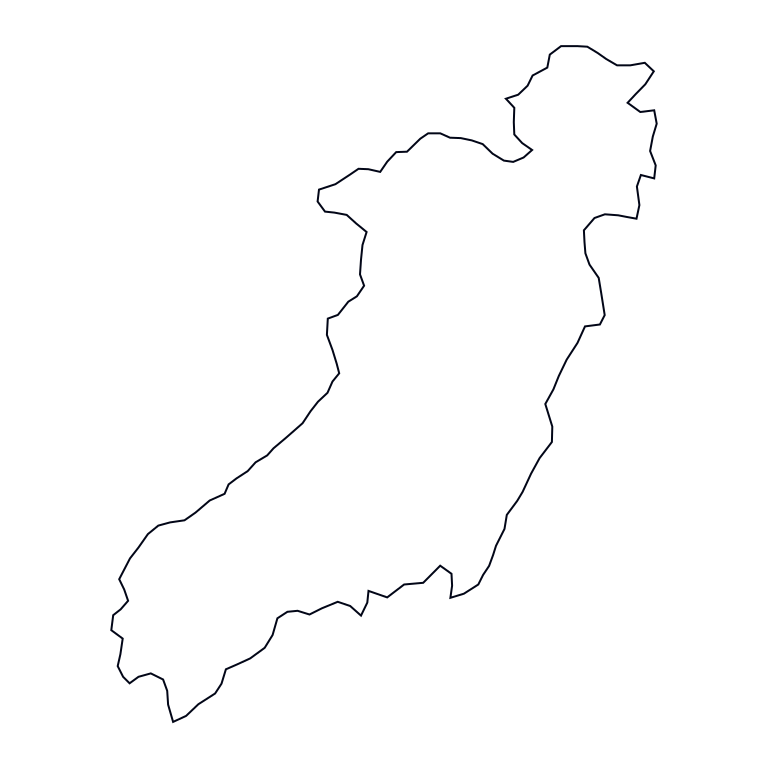 Arapeí, São Paulo, Brazil
{"feature_id": "56859067B47911021551536", "entity_name": "Arapeí", "entity_type": "district", "adm_level": 2, "iso_a3": "BRA", "parent_name": "Brazil", "parent_adm1": "São Paulo", "projection": "mercator", "projection_center": [-44.44, -22.672], "detail": "fine", "context": "isolated", "style": "outline", "palette": "ink", "viewbox_px": 768, "rotation_deg": 0, "n_neighbors": 0, "source": "geoboundaries", "source_scale": "gbopen_adm2", "svg_char_len": 2138}
<svg xmlns="http://www.w3.org/2000/svg" viewBox="0 0 768 768"><path d="M319.0,189.6L317.6,201.5L325.0,211.6L334.4,212.6L346.7,214.9L356.2,223.5L366.6,232.0L362.5,245.0L361.0,259.8L360.0,274.4L364.1,285.7L356.9,296.3L348.3,301.7L337.9,314.9L327.8,318.6L326.9,334.9L332.5,350.0L336.7,363.7L339.2,373.3L332.5,381.5L327.5,392.8L318.0,401.7L310.5,411.3L302.6,423.2L286.2,437.6L273.5,448.3L267.2,455.4L255.6,462.3L247.7,471.1L236.5,478.4L228.6,484.4L224.6,493.8L209.7,500.5L195.5,512.6L184.5,520.3L170.1,522.4L158.3,525.6L147.9,534.1L138.5,547.5L130.0,558.4L119.2,579.2L124.2,589.5L128.1,600.8L120.7,609.3L113.2,615.2L111.3,630.2L122.7,638.6L120.4,654.2L117.7,666.1L123.1,676.8L129.6,683.3L138.5,676.8L150.8,673.4L163.1,679.5L167.2,690.8L168.1,704.6L173.1,721.9L186.1,715.9L198.4,704.2L215.1,693.5L221.5,683.7L225.9,669.3L236.9,664.5L250.2,658.4L264.7,647.8L272.6,635.0L277.4,618.3L287.4,611.8L297.6,610.8L309.5,614.5L321.9,608.3L337.7,601.8L350.2,606.0L361.0,615.6L367.3,602.6L368.5,590.9L387.2,597.4L404.1,584.5L423.2,582.8L440.2,565.7L451.5,573.8L452.1,585.7L450.4,597.8L463.9,593.7L478.3,584.5L483.1,574.9L489.1,565.9L493.1,555.0L496.0,545.8L504.5,528.9L506.8,514.9L517.2,500.9L522.6,491.9L531.1,473.6L539.6,458.1L551.9,442.0L552.3,426.6L545.3,404.0L553.4,389.4L558.8,376.0L566.7,359.6L577.5,342.9L585.0,326.4L599.9,324.5L604.7,315.1L601.2,293.0L598.7,277.9L589.5,264.6L585.4,253.3L584.5,242.2L583.9,230.3L594.5,218.0L604.9,214.3L618.2,215.3L627.0,217.0L636.5,218.7L639.4,205.1L636.9,186.5L640.9,175.0L654.2,178.4L655.7,165.4L650.1,151.0L652.8,136.6L656.7,123.7L654.2,110.3L640.3,112.0L627.6,102.8L635.9,93.9L645.3,84.3L653.8,71.3L644.8,62.8L630.5,65.3L617.0,65.3L606.2,59.0L597.7,53.0L587.3,46.7L576.9,46.1L561.1,46.1L549.8,54.6L547.3,67.6L532.6,75.5L527.6,85.7L518.2,94.7L505.9,98.7L514.3,107.8L513.8,122.2L514.3,134.5L522.2,143.1L532.1,150.0L523.6,157.5L513.2,161.9L503.9,160.6L492.6,153.7L482.7,144.1L471.8,140.4L460.8,138.1L450.0,137.7L440.2,133.3L428.2,133.3L420.3,138.7L407.0,151.7L396.2,152.1L387.2,161.7L380.2,171.9L368.3,169.2L358.5,168.8L350.0,174.6L335.4,184.2L319.0,189.6Z" fill="none" stroke="#020617" stroke-width="2"/></svg>